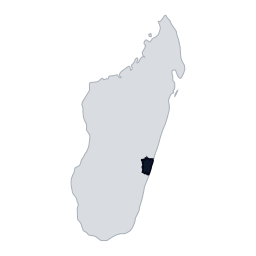 Mananjary, Vatovavy-Fitovinany, Madagascar shown in context
{"feature_id": "10022922B52512193010711", "entity_name": "Mananjary", "entity_type": "district", "adm_level": 2, "iso_a3": "MDG", "parent_name": "Madagascar", "parent_adm1": "Vatovavy-Fitovinany", "projection": "mercator", "projection_center": [48.046, -21.236], "detail": "fine", "context": "in_parent", "style": "filled", "palette": "ink", "viewbox_px": 256, "rotation_deg": 0, "n_neighbors": 0, "source": "geoboundaries", "source_scale": "gbopen_adm2", "svg_char_len": 5936}
<svg xmlns="http://www.w3.org/2000/svg" viewBox="0 0 256 256"><path d="M170.1,21.0L170.8,22.7L171.6,24.4L174.3,28.3L175.4,29.8L176.3,31.4L176.8,34.6L178.5,39.6L180.1,47.1L180.6,54.8L181.0,58.3L182.3,61.7L184.3,65.1L184.9,69.0L183.7,73.0L181.9,76.7L181.5,77.4L180.6,78.4L180.2,78.4L178.8,77.4L177.7,75.8L176.2,72.1L175.6,70.2L175.0,69.9L173.3,70.1L172.0,71.2L171.8,72.0L172.1,74.1L172.6,76.0L172.8,77.9L172.8,80.3L173.3,81.1L174.0,81.7L174.7,83.3L174.8,87.1L174.4,89.0L173.1,90.6L173.2,91.5L173.7,92.5L173.2,93.0L171.6,93.7L171.0,94.4L170.1,96.0L168.7,99.5L168.5,101.2L169.4,106.6L169.1,110.3L167.3,117.6L166.2,121.1L164.8,125.2L162.5,130.6L160.3,137.5L158.4,144.6L157.0,148.8L155.4,153.0L153.2,160.5L151.3,168.1L148.6,176.5L144.8,185.8L144.4,187.1L143.6,191.9L142.7,196.0L141.7,200.2L139.6,207.1L139.3,209.2L138.8,211.2L136.8,215.5L135.9,217.1L135.3,218.9L135.0,221.0L134.4,223.1L132.8,227.0L130.6,230.3L129.1,231.5L125.8,233.3L124.1,233.7L120.4,233.7L116.8,234.7L113.0,236.6L109.4,238.9L108.1,239.9L106.5,240.5L101.8,240.6L100.3,240.2L95.6,236.5L93.7,235.9L90.2,235.4L89.2,235.1L88.2,234.6L86.8,232.7L84.0,231.1L83.3,230.6L82.9,229.5L82.6,228.3L81.9,227.0L81.3,224.5L80.4,222.7L77.8,219.6L77.6,218.6L77.4,215.3L77.4,213.0L77.2,208.9L77.5,207.0L78.4,205.3L78.0,203.4L77.1,201.4L76.7,199.4L76.0,197.6L73.3,194.2L72.6,192.6L72.2,190.9L71.2,185.7L71.1,183.8L71.2,180.0L71.6,178.0L72.2,176.6L72.4,175.6L72.8,174.7L73.5,174.0L73.9,173.1L74.9,168.2L76.2,167.1L78.1,166.5L79.6,165.2L80.5,163.5L81.4,159.9L83.8,156.4L84.6,154.5L86.5,151.7L88.3,147.8L88.8,146.0L89.1,144.1L89.6,139.9L89.9,137.8L89.8,135.8L88.9,133.7L86.5,129.9L86.5,129.2L86.6,126.4L86.4,124.3L85.6,122.3L84.5,120.4L83.4,116.8L82.9,110.9L83.0,108.8L82.7,106.9L81.9,105.1L82.4,102.0L89.4,90.6L89.6,89.3L89.4,85.8L89.5,83.8L89.7,83.1L90.3,82.6L91.5,82.4L97.1,81.9L97.8,81.6L99.2,80.6L101.2,78.8L102.0,78.3L102.8,78.4L103.3,79.2L103.9,79.7L106.2,78.8L107.1,78.8L108.0,78.9L108.4,78.2L108.6,77.1L109.0,76.4L109.6,76.0L112.5,75.8L114.4,75.5L116.8,74.8L117.3,74.9L119.2,77.5L119.8,77.7L120.6,77.8L121.2,77.4L119.7,76.0L119.4,75.2L119.5,74.4L120.4,72.5L121.8,71.1L124.9,68.9L128.2,66.5L129.1,66.3L129.9,66.7L130.6,69.6L130.5,70.1L131.0,70.2L131.6,69.8L132.2,68.6L132.2,67.6L131.7,66.7L131.5,65.9L131.5,65.2L133.2,63.4L134.5,61.8L135.1,59.8L135.6,58.9L137.0,57.9L137.4,58.0L137.7,58.9L137.9,59.7L137.5,60.6L137.0,61.5L136.8,62.6L137.6,62.9L138.3,62.6L139.4,60.5L140.6,58.5L141.3,57.5L142.2,56.8L143.8,56.9L145.2,57.4L142.8,55.3L142.2,52.4L145.1,47.5L145.1,46.5L145.5,46.2L145.7,45.8L144.3,44.1L144.0,43.3L144.2,42.1L144.9,40.9L145.5,40.2L146.4,39.9L147.2,40.3L148.8,41.7L149.8,41.9L151.1,40.6L152.2,38.9L153.8,37.8L155.6,37.1L158.4,34.5L160.2,29.2L160.3,27.6L159.9,25.7L159.3,23.9L158.2,21.7L158.5,21.2L160.0,21.5L160.5,21.2L162.1,19.2L164.8,15.4L165.7,15.4L166.5,16.1L166.8,17.1L167.3,17.9L169.1,19.7L170.1,21.0ZM151.2,36.1L151.2,36.7L149.2,36.5L148.8,34.4L149.8,34.4L150.1,33.5L150.7,33.4L151.3,35.2L151.2,36.1ZM176.3,93.9L174.6,96.9L175.1,94.4L177.1,90.8L177.7,90.5L176.3,93.9Z" fill="#d9dde1" stroke="#a8b0b8" stroke-width="1"/><path d="M142.4,172.2L142.6,172.2L142.8,172.2L143.0,172.3L143.3,172.4L143.4,172.5L143.5,172.5L143.4,172.7L143.5,172.8L143.8,172.8L144.0,172.9L144.1,173.0L144.3,173.0L144.5,173.1L144.6,173.3L144.7,173.5L144.9,173.4L145.0,173.5L145.3,173.5L145.3,173.4L145.3,173.2L145.5,172.9L145.8,172.8L146.0,172.8L146.0,172.7L146.3,172.6L146.5,172.4L146.5,172.5L146.6,172.8L146.7,173.0L146.7,172.9L146.8,172.9L146.8,173.0L147.0,173.3L146.9,173.6L146.9,173.8L147.0,173.8L147.0,174.0L146.9,174.0L146.9,174.3L147.0,174.4L147.1,174.1L147.3,174.2L147.5,174.2L147.8,174.2L148.0,174.3L148.4,174.5L148.4,174.4L148.5,174.2L148.8,173.9L149.0,174.0L149.1,173.8L149.2,173.5L149.3,173.4L149.4,173.0L149.6,172.7L149.7,172.1L149.8,171.8L150.2,170.6L150.3,170.5L150.5,169.9L150.5,169.7L150.7,169.1L150.9,168.3L151.0,167.9L151.2,166.9L151.2,166.5L151.3,166.4L151.4,166.0L151.5,165.7L151.8,164.8L152.3,163.6L152.5,162.9L152.8,162.0L152.8,161.8L152.8,161.6L153.0,160.9L153.0,160.6L153.1,160.3L153.2,159.9L153.3,159.6L153.2,159.7L152.9,159.6L152.7,159.6L152.5,159.4L152.3,159.3L152.2,159.2L152.3,159.1L152.2,159.1L152.0,158.9L151.9,158.9L151.8,159.0L151.6,159.0L151.4,159.2L151.2,159.3L151.1,159.2L150.8,158.9L150.6,158.9L150.4,159.0L150.2,159.3L150.1,159.5L150.0,159.8L149.9,159.7L149.9,159.4L149.6,159.2L149.6,159.3L149.5,159.2L149.4,159.2L149.2,159.1L149.0,158.9L148.9,158.9L148.9,159.0L148.8,158.9L148.7,158.8L148.5,158.7L148.4,158.6L148.1,158.5L148.0,158.4L147.9,158.4L147.7,158.3L147.5,158.5L147.4,158.5L147.4,158.4L147.4,158.2L147.2,157.9L147.2,158.0L146.9,158.0L146.6,158.0L146.4,158.1L146.2,158.2L146.0,158.3L145.9,158.3L145.9,158.2L145.7,158.0L145.5,157.9L145.4,157.9L145.3,158.0L145.3,158.4L145.3,158.5L145.2,158.6L145.2,159.0L145.3,159.2L145.4,159.3L145.2,159.4L145.2,159.5L145.1,159.4L144.9,159.4L144.9,159.5L144.6,159.7L144.4,159.4L144.2,159.3L143.9,159.4L143.9,159.5L143.7,159.6L143.4,159.6L143.2,159.5L142.9,159.7L142.9,159.8L142.7,159.7L142.2,159.6L141.9,159.7L141.9,159.8L141.7,159.8L141.6,160.0L141.7,160.4L141.7,160.5L141.9,160.7L142.1,160.7L142.4,160.7L142.5,160.6L142.6,160.8L142.7,161.1L142.8,161.3L142.8,161.5L142.9,161.8L142.9,162.1L142.6,162.1L142.4,162.2L142.4,162.3L142.4,162.5L142.6,162.8L142.6,163.0L142.6,163.3L142.8,163.7L142.8,163.9L142.9,164.0L143.0,164.1L142.9,164.2L142.9,164.3L142.9,164.5L142.9,165.0L143.0,165.2L142.9,165.3L142.9,165.5L142.9,165.8L143.0,166.2L143.0,166.3L142.9,166.4L143.0,166.5L142.9,166.5L142.7,166.6L142.8,166.6L142.8,166.8L142.7,166.8L142.6,166.7L142.4,166.4L142.3,166.5L142.3,166.8L142.3,167.1L142.3,167.3L142.3,167.5L142.4,167.8L142.5,167.8L142.6,168.0L142.6,168.3L142.7,168.5L142.8,168.9L142.9,169.2L142.9,169.5L143.0,169.9L142.9,170.0L142.9,170.3L143.0,170.5L142.8,170.7L142.7,170.7L142.7,170.9L142.7,171.0L142.7,171.3L142.6,171.5L142.5,171.8L142.4,172.0L142.4,172.2Z" fill="#0f172a" stroke="#020617" stroke-width="1.5"/></svg>